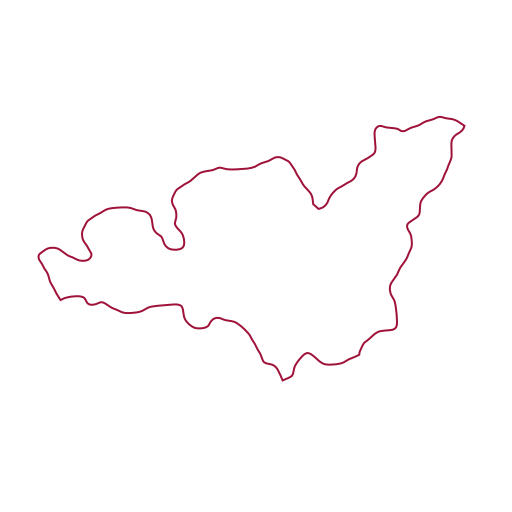 Los Almácigos, Santiago Rodríguez, Dominican Republic, rotated 266°
{"feature_id": "3306468B75896846080251", "entity_name": "Los Almácigos", "entity_type": "district", "adm_level": 2, "iso_a3": "DOM", "parent_name": "Dominican Republic", "parent_adm1": "Santiago Rodríguez", "projection": "mercator", "projection_center": [-71.426, 19.324], "detail": "fine", "context": "isolated", "style": "outline", "palette": "rose", "viewbox_px": 512, "rotation_deg": 266, "n_neighbors": 0, "source": "geoboundaries", "source_scale": "gbopen_adm2", "svg_char_len": 5126}
<svg xmlns="http://www.w3.org/2000/svg" viewBox="0 0 512 512"><g transform="rotate(266 256 256)"><path d="M130.0,273.9L132.5,280.9L133.5,282.8L134.1,283.6L135.9,284.7L142.1,286.5L144.2,287.6L146.2,289.0L149.1,291.4L152.5,294.8L154.6,297.4L155.5,299.5L155.6,300.6L155.4,301.7L154.5,303.6L152.4,306.2L146.4,312.1L144.2,315.0L143.2,317.2L142.5,320.8L142.4,324.5L142.4,328.3L142.8,332.0L143.2,334.4L144.0,336.5L146.5,341.5L148.7,348.2L150.3,352.1L152.5,352.5L154.3,353.3L159.7,356.3L161.4,357.5L162.1,358.3L165.1,362.7L170.0,369.0L171.6,372.0L172.3,374.5L172.6,378.4L172.7,384.7L172.9,387.0L173.7,389.2L174.4,390.1L175.3,390.9L177.4,391.7L180.9,392.1L188.5,392.2L196.4,391.8L200.2,391.3L202.5,390.7L207.4,388.3L209.5,387.6L213.0,387.2L215.4,387.4L217.7,388.0L219.9,389.2L227.6,395.4L232.8,398.2L234.8,399.5L240.6,404.3L242.6,405.8L244.7,407.0L247.8,408.5L251.7,410.6L253.7,411.6L256.1,412.2L258.5,412.4L263.4,412.3L265.7,412.0L268.0,411.3L271.6,409.5L273.4,408.9L275.4,408.8L276.4,409.0L277.3,409.5L278.6,410.9L283.7,419.5L285.0,421.0L285.9,421.6L287.8,422.3L294.6,423.2L296.9,423.6L299.2,424.5L302.2,426.7L304.9,429.4L306.5,431.3L307.8,433.4L309.7,437.7L311.7,440.8L313.3,442.7L315.1,444.5L318.1,446.8L320.2,448.0L324.3,449.9L329.1,452.6L333.4,454.5L337.3,456.5L339.3,457.4L340.5,457.8L343.1,458.2L352.2,458.6L354.8,458.8L357.3,459.3L358.5,459.8L360.3,461.0L361.9,462.5L363.2,464.3L365.2,468.2L367.1,470.6L368.7,471.8L369.5,472.3L371.4,473.0L376.5,466.3L378.1,463.4L378.9,461.1L380.1,455.4L381.7,450.6L382.0,448.7L381.7,446.8L380.0,442.0L378.5,435.1L377.7,432.9L375.2,427.9L374.5,425.6L373.2,419.9L372.4,417.8L370.7,414.1L370.2,412.1L370.4,410.2L370.7,409.3L372.6,406.7L373.0,405.8L373.6,403.9L375.2,394.8L376.9,390.2L377.1,389.3L377.1,388.3L376.9,387.3L376.5,386.4L375.9,385.5L374.4,384.1L373.4,383.6L371.1,382.9L367.4,382.7L355.8,382.8L353.4,382.5L352.3,382.2L351.3,381.8L350.3,381.2L348.9,379.6L345.8,374.2L343.0,368.1L342.4,367.2L340.9,365.5L339.2,364.2L337.2,363.2L331.6,362.0L329.5,361.2L327.6,360.1L326.0,358.6L324.7,356.8L324.1,355.8L322.3,351.7L319.7,346.8L317.8,342.5L316.5,340.4L314.0,337.5L311.3,335.0L308.2,332.9L304.2,330.9L301.7,328.8L300.4,327.1L299.8,326.1L299.1,323.9L298.6,321.7L303.7,316.7L309.7,316.4L312.1,315.9L314.4,315.0L316.4,313.7L322.2,309.1L324.2,307.8L328.5,305.8L334.3,302.6L339.6,300.4L346.0,296.7L347.7,295.5L348.4,294.7L351.6,289.4L352.6,287.5L353.1,285.3L353.1,283.0L352.9,281.8L352.1,279.8L350.3,276.0L349.6,273.8L348.2,268.0L347.4,265.9L345.0,260.9L344.2,257.2L343.8,253.3L343.8,249.4L343.8,242.8L344.0,237.6L344.7,232.6L346.3,227.7L346.7,225.9L346.4,224.0L344.8,219.2L344.5,216.9L343.9,210.8L343.2,207.3L342.8,206.1L341.6,203.9L335.6,196.0L334.4,193.9L332.5,189.7L328.2,182.3L327.6,181.5L325.9,180.1L321.4,177.5L319.5,176.6L317.4,176.0L315.1,176.1L313.0,176.6L308.2,178.8L307.1,179.1L304.8,179.4L302.5,179.4L300.2,179.2L294.6,177.4L293.7,177.4L292.7,177.6L291.7,178.0L289.8,179.1L286.2,182.0L284.2,183.4L282.0,184.4L278.5,185.2L275.0,185.4L272.8,185.1L271.7,184.8L270.7,184.3L269.7,183.6L269.0,182.6L268.5,181.6L268.0,179.4L267.8,177.1L268.0,174.8L268.4,172.4L269.2,170.2L269.8,169.2L270.5,168.3L272.1,166.8L274.0,165.6L275.0,165.2L280.1,163.8L281.9,162.9L282.6,162.2L285.7,158.4L287.3,157.1L289.2,156.0L290.3,155.6L292.6,155.1L299.6,154.6L301.9,154.1L304.0,153.2L304.9,152.6L306.5,151.0L307.7,149.2L308.2,148.1L310.1,140.2L312.7,134.2L313.5,130.5L313.8,126.6L313.9,121.3L313.8,116.0L313.4,112.1L312.7,109.6L311.8,107.6L309.7,103.7L307.5,98.4L303.1,91.0L301.6,89.5L294.3,85.1L292.1,84.3L289.8,83.9L286.2,84.1L283.8,84.7L281.8,85.7L278.1,88.0L274.0,89.9L271.5,91.2L269.7,91.9L268.7,91.9L267.7,91.7L266.7,91.3L265.1,90.0L263.9,88.2L263.3,85.9L263.2,83.6L263.7,80.1L264.5,77.9L267.3,73.1L268.8,69.9L270.0,67.9L275.6,61.2L277.0,59.2L277.5,58.0L278.2,55.7L278.5,52.1L278.2,49.6L277.9,48.5L277.0,46.4L273.8,41.2L273.2,40.4L272.4,39.7L271.4,39.2L270.4,39.0L269.3,39.0L267.3,39.5L262.9,42.0L258.7,43.8L253.9,46.5L251.8,47.3L246.0,48.5L243.7,49.2L237.8,52.1L232.5,54.3L225.7,57.9L227.4,62.3L228.1,66.4L228.4,69.2L228.4,73.3L228.3,76.0L227.8,78.5L226.9,80.8L226.2,81.7L224.5,82.8L221.7,84.0L220.9,84.5L220.1,85.2L219.5,86.1L218.8,88.3L218.8,90.6L219.2,93.0L220.6,97.4L220.7,98.3L220.5,99.4L220.2,100.4L219.1,102.3L215.5,107.0L214.1,109.0L212.1,113.2L209.4,118.1L208.6,120.3L208.1,122.9L207.9,125.5L207.9,129.5L208.1,133.5L208.5,136.1L209.1,138.5L211.9,144.5L212.6,146.9L212.9,149.4L213.2,154.6L213.4,169.0L213.3,172.7L212.9,174.9L212.1,177.0L211.4,177.9L210.5,178.5L209.6,178.9L207.5,179.4L202.0,179.8L199.6,180.2L197.4,181.0L195.2,182.3L192.3,184.7L189.9,187.6L188.6,189.8L188.0,192.2L187.7,194.6L187.7,197.0L187.9,199.3L188.5,201.4L189.5,203.3L190.3,204.0L193.5,206.1L195.6,208.3L196.6,210.1L197.0,212.4L197.0,213.5L196.6,215.6L194.8,219.4L194.0,221.5L192.7,227.2L191.9,229.5L191.4,230.7L189.9,232.8L187.4,235.8L183.6,239.5L179.6,242.8L177.5,244.2L173.2,246.1L168.4,248.7L163.1,250.9L158.2,253.4L156.1,254.1L152.0,255.3L150.2,256.1L149.4,256.8L148.3,258.4L146.5,264.5L145.4,266.3L143.9,267.9L142.1,269.2L141.1,269.7L135.0,272.2L130.0,273.9Z" fill="none" stroke="#9f1239" stroke-width="2"/></g></svg>